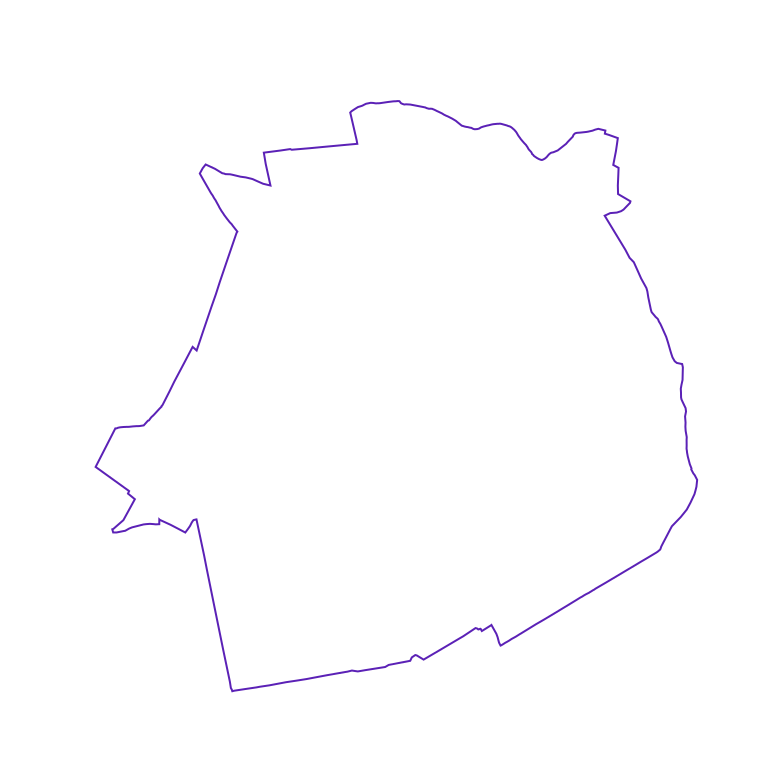 outline of PIR, Satu Mare, Romania, rotated 261°
{"feature_id": "2599482B75880173618768", "entity_name": "PIR", "entity_type": "district", "adm_level": 2, "iso_a3": "ROU", "parent_name": "Romania", "parent_adm1": "Satu Mare", "projection": "natural_earth1", "projection_center": [22.392, 47.465], "detail": "fine", "context": "isolated", "style": "outline", "palette": "violet", "viewbox_px": 768, "rotation_deg": 261, "n_neighbors": 0, "source": "geoboundaries", "source_scale": "gbopen_adm2", "svg_char_len": 5537}
<svg xmlns="http://www.w3.org/2000/svg" viewBox="0 0 768 768"><g transform="rotate(261 384 384)"><path d="M599.7,642.3L602.5,635.6L602.2,632.4L601.6,629.6L601.4,626.4L601.3,625.1L601.3,623.1L601.6,617.1L601.9,613.8L601.8,612.7L601.6,611.8L601.1,611.0L600.3,610.1L599.8,609.7L599.0,609.3L598.7,609.1L598.2,608.4L594.4,603.4L592.7,601.4L587.5,592.1L586.4,587.5L586.3,585.7L586.2,585.1L585.9,584.4L585.1,583.0L584.3,582.0L583.6,581.2L582.8,580.3L582.4,579.7L581.6,578.4L581.0,576.9L580.6,575.5L580.6,574.8L581.0,573.8L582.0,572.1L583.4,570.3L585.2,568.4L585.9,567.7L586.3,567.5L587.1,567.1L587.7,566.5L588.1,566.2L588.9,566.1L590.2,565.6L592.4,564.1L593.2,563.6L594.8,563.0L595.9,562.6L596.4,562.3L597.8,561.7L600.1,560.1L602.5,558.6L604.5,557.4L605.8,556.8L607.5,555.9L608.8,555.3L611.2,554.4L612.5,553.8L613.6,553.1L614.6,552.5L615.9,551.4L616.9,550.6L617.9,549.6L618.3,549.1L618.8,548.4L619.1,547.7L619.3,547.2L620.2,545.7L621.8,542.2L622.5,540.7L623.0,539.3L623.1,537.7L623.3,536.2L623.4,534.3L623.5,533.1L623.5,531.6L623.4,530.2L623.2,528.3L623.1,526.1L622.9,524.4L622.8,523.1L622.6,521.7L622.3,520.0L621.8,518.8L621.4,517.9L621.2,516.1L621.3,514.8L621.5,513.2L621.9,512.3L622.4,511.5L623.3,510.4L623.8,508.9L624.6,507.0L625.0,505.7L625.6,504.1L626.4,502.5L627.0,501.2L631.1,497.5L632.7,496.1L635.4,492.9L638.3,488.9L639.4,487.1L640.2,486.0L640.6,485.4L642.2,483.6L644.6,480.1L645.3,479.0L645.9,478.2L646.9,476.8L648.3,474.5L648.7,472.7L648.8,471.5L649.9,469.1L650.6,468.2L651.1,466.9L651.6,465.6L655.9,453.7L656.8,449.6L656.9,447.7L657.8,446.0L658.7,444.7L660.9,443.5L661.3,442.0L661.4,440.1L661.7,437.6L661.8,435.0L661.9,432.4L662.0,423.7L662.5,419.7L663.3,417.2L663.8,414.9L663.7,412.6L663.6,410.2L663.0,408.2L662.3,406.2L662.0,404.5L661.6,401.6L660.1,398.1L658.5,394.6L657.4,393.1L652.1,393.5L629.4,395.1L625.4,395.2L626.1,384.9L627.4,365.0L628.5,347.6L629.8,329.5L630.7,328.1L630.8,318.3L631.3,301.5L619.9,301.6L597.8,302.9L600.7,295.9L604.5,290.0L606.8,286.5L607.4,285.3L609.7,279.7L611.2,274.7L614.5,266.7L615.2,264.8L616.1,260.2L616.8,259.1L617.5,257.2L623.0,250.7L628.7,242.2L625.6,238.8L623.7,237.3L620.7,235.0L619.3,235.5L613.7,237.6L600.3,242.7L599.1,243.2L598.1,243.7L596.9,244.3L594.6,245.1L593.0,245.8L591.8,246.4L590.3,246.9L585.3,248.7L584.2,249.0L581.5,250.1L580.0,250.7L578.6,251.4L577.1,252.1L576.1,252.5L571.9,254.7L567.8,257.0L565.6,258.6L564.1,259.3L557.4,263.0L556.8,262.4L556.1,261.9L544.8,255.9L527.4,246.7L510.1,237.6L499.0,232.0L487.7,225.9L463.8,213.3L456.5,209.5L446.4,204.2L450.6,200.8L445.0,196.6L435.6,189.6L419.1,177.2L410.4,171.1L397.9,162.0L396.8,160.7L396.4,160.7L394.9,158.6L389.8,152.2L388.5,150.4L388.0,149.5L386.8,148.1L384.9,146.2L384.7,145.6L384.7,145.1L380.7,140.2L380.7,135.8L381.1,132.9L381.4,129.4L381.6,125.4L382.0,122.4L382.3,119.8L382.5,116.6L382.4,114.5L382.0,112.9L382.2,111.7L370.1,102.9L347.2,86.2L318.1,115.5L315.8,114.0L309.2,119.9L299.6,112.5L290.3,105.3L283.2,94.0L283.0,92.9L279.7,93.3L279.2,96.7L279.5,104.0L279.5,105.4L281.1,109.7L281.8,112.7L282.9,124.5L282.8,127.0L282.5,130.9L281.7,134.3L281.1,136.6L280.7,140.1L285.4,140.9L284.9,141.3L281.3,146.7L278.3,151.2L272.9,158.5L268.4,164.5L271.1,167.3L274.1,170.2L277.3,172.5L278.7,173.8L279.4,174.6L279.6,176.9L279.6,177.6L242.7,179.5L229.0,180.0L194.2,181.5L146.6,183.6L114.1,185.2L107.6,185.2L107.2,185.4L105.8,185.9L104.3,186.1L104.5,188.3L104.4,201.8L104.3,210.6L104.4,214.0L104.3,223.6L104.8,240.8L104.7,251.9L104.7,261.3L105.0,271.7L105.3,282.2L105.6,300.5L105.6,302.9L106.0,307.5L105.1,310.3L104.2,313.2L104.3,320.6L104.3,330.8L104.3,340.9L105.8,344.7L106.5,366.6L109.6,368.7L111.4,372.5L110.8,373.9L105.6,380.0L114.0,401.4L120.9,418.8L122.4,422.7L128.6,436.2L128.0,437.6L127.5,438.2L126.9,438.6L126.8,438.8L126.8,439.3L127.0,439.8L127.2,440.8L126.8,441.3L125.7,441.6L124.7,442.0L125.2,443.2L126.0,445.1L128.9,451.9L129.2,452.4L119.7,455.9L116.2,456.6L111.1,457.1L110.1,457.3L108.9,457.7L107.7,458.1L107.4,458.2L107.6,459.0L108.5,461.2L109.4,463.2L110.1,465.2L111.0,467.5L112.2,470.1L113.7,474.3L114.1,475.3L115.7,479.0L116.1,480.1L116.7,481.5L117.4,483.2L123.1,496.9L126.4,505.5L133.9,524.0L138.4,535.0L140.3,539.6L141.4,542.2L142.4,544.6L142.7,545.5L143.2,546.9L143.7,547.9L144.7,550.5L145.8,554.0L146.2,554.7L146.3,555.1L147.8,558.6L148.0,559.4L148.7,560.7L150.3,564.8L152.7,571.0L161.4,592.8L168.5,610.5L170.6,615.9L174.9,626.6L175.6,628.1L176.6,629.7L177.0,630.5L177.6,631.1L179.4,632.1L179.9,632.3L180.6,632.8L183.9,635.2L186.7,637.3L196.4,644.5L197.4,645.3L198.4,646.0L206.1,656.2L212.6,663.4L218.8,668.1L226.6,673.4L230.1,675.0L233.6,676.5L240.3,678.3L245.2,676.7L247.4,675.5L251.6,674.1L252.5,674.5L256.9,673.5L264.9,672.7L268.8,672.6L270.7,672.7L272.7,672.7L275.9,673.3L281.3,674.1L284.2,674.7L290.5,674.6L294.7,675.0L298.7,675.8L304.9,676.3L309.6,678.0L313.0,678.1L319.4,676.2L322.2,675.4L324.2,675.3L329.1,676.0L332.9,676.4L336.7,677.7L341.3,679.5L353.8,681.8L357.1,681.6L357.7,679.9L359.0,676.5L361.0,674.7L363.6,673.7L365.2,673.1L368.8,672.5L371.6,672.1L380.5,671.0L386.4,670.1L397.2,667.2L400.3,666.3L402.7,665.3L404.9,664.8L405.7,664.4L407.6,662.9L407.8,662.7L408.9,662.1L412.7,659.8L413.4,659.5L415.8,659.2L421.9,658.9L428.1,658.6L434.2,658.6L437.7,658.2L447.9,654.5L455.7,652.4L465.2,649.8L470.2,646.3L478.8,643.4L515.7,628.3L517.4,634.2L516.9,640.8L517.6,645.2L518.8,647.9L521.0,650.8L524.4,655.3L525.9,656.0L535.0,644.9L543.4,646.0L554.2,648.2L560.8,649.5L564.5,644.7L577.7,649.5L584.7,651.7L590.3,653.4L594.9,645.0L596.7,641.3L599.7,642.3Z" fill="none" stroke="#5b21b6" stroke-width="2"/></g></svg>